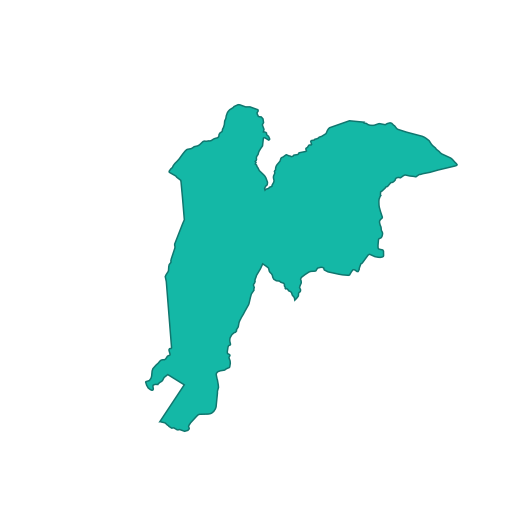 Inongo, Bandundu, Democratic Republic of the Congo (Albers equal-area conic projection), rotated 303°
{"feature_id": "63176286B68796769615290", "entity_name": "Inongo", "entity_type": "district", "adm_level": 2, "iso_a3": "COD", "parent_name": "Democratic Republic of the Congo", "parent_adm1": "Bandundu", "projection": "albers", "projection_center": [18.143, -1.932], "detail": "fine", "context": "isolated", "style": "filled", "palette": "teal", "viewbox_px": 512, "rotation_deg": 303, "n_neighbors": 0, "source": "geoboundaries", "source_scale": "gbopen_adm2", "svg_char_len": 6123}
<svg xmlns="http://www.w3.org/2000/svg" viewBox="0 0 512 512"><g transform="rotate(303 256 256)"><path d="M189.3,191.1L185.7,194.7L133.0,235.2L132.2,235.1L131.2,234.0L130.2,234.0L129.3,234.6L126.8,237.5L125.8,237.7L124.5,236.7L123.7,236.3L120.5,236.3L119.1,235.7L118.4,234.5L117.1,233.2L115.8,232.7L112.5,232.3L110.6,231.7L108.2,231.3L105.4,230.9L103.0,231.5L98.4,233.9L96.4,234.5L94.7,234.5L93.3,234.3L90.7,232.1L90.1,232.2L88.1,234.6L86.6,237.5L86.4,240.2L86.6,241.5L87.2,242.4L87.9,242.5L88.7,242.2L90.2,240.8L91.3,240.2L92.0,240.2L93.5,241.5L94.8,243.7L95.4,243.6L97.6,244.2L99.4,245.1L100.6,245.4L104.1,245.1L108.5,246.6L108.9,266.0L64.7,265.6L65.1,266.1L65.1,266.7L66.3,269.9L66.5,271.0L66.0,273.6L66.0,274.9L65.7,275.8L65.7,279.0L67.1,280.6L67.3,284.5L67.7,285.3L68.9,286.5L70.1,291.6L72.6,293.8L73.7,294.0L74.7,294.1L75.2,293.7L76.3,292.3L77.2,292.0L80.6,292.0L89.3,293.5L91.3,294.0L92.1,294.5L92.8,295.3L97.4,302.0L98.7,303.4L100.1,304.4L102.6,305.2L105.7,305.2L107.7,304.7L119.9,298.4L121.6,297.3L125.4,296.1L127.3,294.6L131.0,291.2L131.7,290.3L134.9,287.2L136.0,286.7L137.8,286.9L138.6,287.3L140.2,288.5L143.1,291.7L143.9,292.1L145.3,292.6L148.0,294.4L148.8,294.3L152.0,292.9L153.9,291.4L155.9,288.8L156.5,288.5L158.2,288.4L158.6,288.1L158.9,287.5L158.7,285.3L159.8,284.2L164.4,282.1L165.7,281.9L166.2,282.0L167.2,282.8L168.1,282.7L169.9,280.8L171.0,279.9L172.3,279.2L173.5,278.8L177.0,278.6L179.9,279.5L180.8,280.3L182.6,280.5L183.3,279.8L186.9,279.7L191.0,278.0L192.9,277.6L196.8,277.2L200.3,277.1L203.3,276.8L211.1,276.3L212.4,276.0L218.7,273.7L221.7,272.8L226.3,272.9L227.1,272.1L228.5,271.8L230.2,269.7L231.1,269.4L232.6,269.5L234.2,269.1L234.4,268.7L236.2,267.9L238.4,267.5L239.9,267.0L247.5,266.7L253.1,265.9L253.0,269.9L252.8,272.6L252.5,273.3L250.5,275.4L249.9,276.7L249.5,278.7L248.8,280.1L247.2,281.8L246.2,283.6L246.3,286.5L247.7,289.3L247.5,291.1L248.2,294.0L247.8,295.2L246.4,296.1L245.6,297.7L244.7,298.2L244.6,298.9L245.3,299.5L245.4,300.0L245.1,301.3L244.6,302.2L244.9,304.2L244.7,305.6L243.0,307.7L242.0,310.8L240.1,312.6L242.5,313.1L244.5,313.3L245.6,313.3L248.0,312.0L249.0,312.0L249.7,312.4L250.7,312.4L251.8,311.9L252.3,311.3L253.1,309.8L254.7,309.2L258.1,308.6L259.6,307.5L260.8,306.0L261.7,305.8L263.0,305.8L267.0,307.2L271.3,309.1L272.4,309.9L273.2,310.7L275.4,313.7L276.2,314.3L278.5,314.2L279.6,314.4L282.0,316.7L282.7,318.2L282.8,319.4L282.1,320.0L281.5,320.9L281.9,325.0L285.8,335.3L287.3,338.8L290.1,344.0L291.0,344.8L294.6,344.6L297.2,344.8L297.8,345.5L298.1,346.3L298.0,349.3L298.6,350.1L300.8,349.9L302.2,349.2L306.6,348.2L307.4,348.8L308.8,349.0L317.8,349.5L319.1,350.1L319.4,350.6L320.2,356.0L321.5,359.2L322.5,361.0L324.0,362.5L325.0,363.0L325.8,362.8L329.5,360.3L330.1,359.0L328.8,355.5L328.9,354.5L329.5,353.8L331.4,352.5L336.5,349.8L337.3,349.7L339.5,351.0L340.9,351.0L342.6,350.5L344.0,349.8L344.8,348.9L345.4,347.7L346.1,346.9L348.3,345.1L349.7,343.1L351.2,341.5L352.4,340.7L353.0,340.5L354.6,340.6L356.3,341.1L357.0,341.0L357.4,340.8L361.0,336.3L364.1,332.8L365.6,331.5L368.6,329.4L370.6,328.3L373.8,327.6L374.7,327.8L375.1,327.0L377.6,325.6L379.1,326.3L383.2,327.3L384.8,327.4L385.9,328.4L386.4,328.5L390.9,329.1L392.2,330.5L393.8,331.1L395.8,331.4L396.3,331.0L397.1,331.0L398.0,331.3L399.3,332.4L400.3,334.6L403.6,335.9L404.7,336.5L405.3,337.2L406.9,341.5L408.6,344.8L409.5,347.0L413.1,348.4L414.0,349.5L416.0,351.2L420.9,356.3L427.4,362.0L440.0,374.0L440.9,374.7L441.6,375.0L442.1,374.9L442.6,373.7L442.9,372.0L444.0,368.0L444.2,366.0L442.8,356.2L442.9,354.5L443.4,352.6L443.7,349.1L444.3,347.8L444.8,343.9L445.4,341.9L447.0,338.4L447.3,334.8L447.3,332.5L446.9,330.1L441.9,314.9L439.4,305.7L439.6,304.3L440.7,301.2L440.6,300.3L441.2,297.6L440.9,296.3L440.5,295.7L438.5,293.9L436.5,292.9L434.3,287.5L433.6,286.7L430.0,283.9L428.9,282.4L427.7,280.2L427.2,278.3L427.3,276.4L426.4,274.4L426.5,273.3L426.9,273.4L420.3,260.7L403.7,247.9L402.3,247.5L400.2,247.5L397.3,248.0L396.6,248.0L392.1,245.9L390.1,244.3L388.7,244.0L387.1,242.9L386.1,241.8L385.4,241.8L384.8,241.5L382.9,239.5L381.9,239.5L379.8,241.9L379.2,241.8L378.3,240.5L377.7,240.0L375.1,240.0L373.6,239.3L372.9,239.5L371.6,241.1L370.6,240.6L366.0,235.9L364.5,236.0L363.8,235.7L361.2,232.8L360.0,232.7L359.1,232.1L358.5,231.4L358.4,230.0L357.9,229.0L357.5,226.4L357.0,226.0L353.8,224.8L352.4,223.9L351.5,223.7L348.6,224.5L343.8,223.9L342.2,224.0L340.6,224.5L338.8,225.5L337.7,225.3L336.9,225.4L336.1,226.4L335.5,226.7L332.5,227.2L331.1,228.0L328.9,230.2L327.3,230.7L324.2,230.9L323.0,231.4L320.9,229.8L319.6,229.8L317.5,228.0L316.1,227.7L317.0,226.6L318.1,226.2L320.4,226.2L321.4,226.6L322.1,226.5L323.6,225.8L324.2,225.4L327.0,221.6L327.9,219.7L328.3,218.1L329.4,212.3L331.1,209.4L331.6,208.0L332.5,207.1L332.7,206.3L332.6,205.6L332.8,205.3L333.7,205.1L334.4,205.1L334.9,203.8L336.4,204.1L337.4,203.8L338.1,203.1L339.5,202.4L342.5,202.4L344.1,201.8L345.7,201.5L348.6,201.4L351.9,201.5L358.9,198.0L359.3,198.1L360.0,199.1L360.1,203.5L360.6,203.8L361.3,203.9L361.8,203.5L363.2,201.3L363.5,199.0L363.9,198.5L364.8,197.9L365.0,197.1L364.7,195.6L364.1,194.6L366.6,193.7L369.2,190.2L369.8,189.8L372.0,189.7L374.8,187.2L375.5,184.7L374.6,182.9L374.4,181.9L375.9,179.5L376.9,178.8L378.0,178.9L378.9,178.8L379.7,177.9L377.8,169.7L375.4,166.1L374.0,160.1L373.3,158.8L372.9,158.4L369.4,156.2L368.0,156.0L364.4,154.3L362.0,153.9L360.3,154.0L357.4,154.7L354.9,155.8L352.2,156.2L348.9,157.9L346.1,158.7L344.1,158.9L342.3,159.7L341.4,159.6L339.7,158.8L337.9,158.8L336.2,159.6L335.1,159.7L333.9,159.1L332.5,157.8L331.3,156.9L328.3,155.5L327.2,154.4L326.7,153.5L325.1,151.8L324.2,150.0L323.1,149.2L318.5,148.1L316.6,147.1L314.0,144.6L311.9,143.8L310.7,143.1L308.0,140.3L307.3,139.9L305.4,139.4L301.5,139.0L295.4,138.7L292.3,138.2L289.6,137.6L286.8,137.4L284.7,137.7L282.6,137.1L279.8,137.0L279.1,137.5L279.0,138.4L279.4,145.2L278.9,146.6L278.5,151.6L277.4,152.7L265.5,162.1L247.3,176.2L243.5,176.8L221.7,181.3L220.5,182.1L219.8,182.9L218.6,183.6L207.5,186.5L205.8,187.1L204.6,188.0L204.0,188.1L201.5,187.9L199.6,188.6L196.2,190.5L195.0,190.8L191.3,190.8L189.3,191.1Z" fill="#14b8a6" stroke="#0f766e" stroke-width="1.5"/></g></svg>